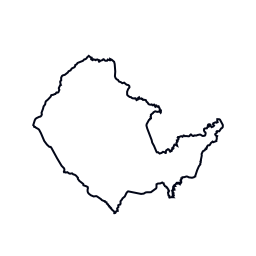 Ossu, Viqueque, East Timor, rotated 52°
{"feature_id": "22284137B78761758678939", "entity_name": "Ossu", "entity_type": "district", "adm_level": 2, "iso_a3": "TLS", "parent_name": "East Timor", "parent_adm1": "Viqueque", "projection": "albers", "projection_center": [126.407, -8.715], "detail": "fine", "context": "isolated", "style": "outline", "palette": "ink", "viewbox_px": 256, "rotation_deg": 52, "n_neighbors": 0, "source": "geoboundaries", "source_scale": "gbopen_adm2", "svg_char_len": 5888}
<svg xmlns="http://www.w3.org/2000/svg" viewBox="0 0 256 256"><g transform="rotate(52 128 128)"><path d="M176.0,52.2L177.3,53.3L178.6,53.8L178.3,55.0L177.3,55.7L176.8,58.0L177.4,58.7L179.1,58.7L179.3,59.8L178.8,61.6L176.9,61.6L176.5,61.1L176.1,61.0L175.2,61.5L174.8,62.1L174.7,62.8L175.1,63.5L175.7,63.5L176.3,63.0L176.5,63.0L176.7,63.5L176.2,65.0L176.8,66.0L175.6,67.9L175.6,68.6L176.6,69.6L177.9,70.0L179.2,69.7L180.0,70.1L181.1,71.4L181.3,72.3L180.4,73.9L179.8,74.3L177.8,75.0L177.4,75.4L176.4,77.4L176.0,78.8L174.6,80.4L174.7,81.2L173.9,82.0L171.8,82.4L171.8,83.4L172.2,84.5L172.0,85.2L170.0,87.3L169.5,88.2L168.8,88.3L168.1,88.9L168.5,90.4L167.2,91.1L166.8,92.2L166.7,93.1L165.9,94.1L166.2,94.8L167.3,94.6L167.7,94.8L168.2,96.1L167.8,97.1L168.3,97.4L169.2,97.4L169.4,98.8L170.6,99.6L172.2,100.2L170.0,101.1L169.7,101.6L170.1,102.6L171.0,103.7L171.0,105.4L171.3,105.7L172.1,105.3L172.2,107.4L172.9,107.6L173.0,107.9L172.6,108.5L172.6,109.3L170.0,109.1L169.3,109.5L169.2,111.7L169.6,112.4L170.9,113.5L170.8,113.8L169.1,114.4L168.3,115.1L168.3,116.9L167.6,118.8L165.5,119.3L165.1,120.1L164.3,120.2L158.1,118.5L154.4,117.9L152.1,116.8L140.1,113.1L137.5,112.0L136.5,111.0L134.5,106.4L134.7,105.6L134.3,105.1L134.6,104.0L134.2,103.6L133.1,103.4L132.7,102.5L131.7,101.9L131.6,101.5L131.6,99.0L131.3,98.3L131.6,96.3L133.3,95.0L134.3,93.3L135.1,92.9L136.1,92.9L136.0,92.6L134.4,91.2L134.2,91.2L133.8,92.1L133.5,92.1L132.4,91.1L131.6,90.9L130.6,91.1L130.0,90.5L129.7,90.5L129.4,91.6L129.0,91.8L127.7,91.7L127.6,91.8L127.6,92.3L128.3,92.8L128.2,93.4L126.6,93.2L126.0,92.9L125.6,93.0L125.5,94.3L125.2,94.7L124.0,94.8L123.7,95.7L122.5,96.8L121.5,97.1L120.0,96.9L118.6,97.2L117.0,96.8L115.9,97.7L115.1,98.9L114.6,99.0L113.9,98.7L113.4,99.5L112.8,99.4L112.0,101.0L111.4,100.9L110.6,100.5L110.5,101.4L111.5,102.6L111.0,103.1L111.4,103.8L111.3,104.1L109.4,103.7L109.1,103.9L108.8,104.2L108.8,104.7L107.3,106.2L106.2,106.6L105.6,106.6L104.5,107.6L102.2,108.2L101.3,108.2L98.9,106.4L97.5,104.1L96.9,101.9L96.6,101.6L95.5,101.1L94.4,101.3L92.9,102.5L89.9,103.1L89.2,104.9L87.5,105.4L85.8,106.5L83.9,106.3L82.6,107.0L80.7,107.0L79.1,106.4L75.7,103.3L69.4,99.1L67.3,98.2L64.2,98.8L62.6,99.6L62.9,99.8L63.6,99.7L63.8,100.1L63.1,100.9L61.6,101.8L62.1,103.0L61.1,104.4L60.3,104.7L58.9,104.8L58.6,105.1L58.8,106.3L58.2,107.8L58.0,108.8L58.1,109.7L57.9,110.0L57.2,109.8L56.5,109.2L56.2,109.6L55.3,109.8L54.4,111.3L54.7,111.4L54.7,111.7L52.7,112.8L52.8,114.1L52.5,114.3L52.0,114.2L51.2,114.7L50.4,114.0L50.5,113.4L50.2,113.3L49.4,114.0L47.0,114.5L47.2,116.9L47.6,117.8L47.6,118.7L47.5,119.4L47.0,120.1L47.3,122.2L45.7,127.7L46.2,129.4L45.9,130.8L46.9,131.9L47.1,132.8L46.5,135.7L47.2,137.8L46.7,139.9L47.2,141.2L47.2,145.0L46.4,147.0L46.4,148.1L47.2,149.7L49.4,151.4L49.4,152.3L49.9,153.1L51.4,153.8L51.9,154.3L52.8,154.4L52.7,155.5L53.9,157.9L54.5,158.3L55.7,158.6L56.9,160.7L56.9,161.6L56.0,162.5L56.5,164.3L56.0,165.2L56.0,166.0L54.9,168.2L55.7,169.7L56.3,173.6L56.4,176.3L56.8,177.0L58.4,178.8L59.0,181.2L60.5,183.1L62.1,185.7L62.8,186.8L64.2,187.5L64.9,188.6L65.1,189.9L64.5,191.2L63.9,194.0L63.9,195.3L64.5,196.7L67.4,200.9L67.9,200.8L69.5,201.2L70.0,200.5L71.0,200.4L73.3,199.4L74.5,199.1L78.5,199.8L86.7,202.0L91.2,202.1L94.3,201.6L95.2,200.9L95.3,200.6L96.6,200.6L108.1,202.5L117.0,203.6L120.5,203.2L121.9,203.9L123.0,205.5L123.5,205.6L123.8,205.1L124.6,204.6L124.6,204.2L125.2,203.8L125.5,203.0L127.7,202.3L128.4,201.7L129.3,200.0L130.8,199.7L132.0,198.8L133.4,198.3L136.4,198.1L137.1,198.8L139.7,198.9L144.5,197.7L145.7,198.4L148.3,196.7L149.7,196.1L150.7,196.6L151.9,198.0L153.2,198.9L154.3,199.3L155.7,199.3L158.1,198.7L160.8,197.2L162.1,195.0L163.0,194.5L167.4,193.1L168.7,193.0L170.7,191.9L171.3,191.3L171.9,191.6L173.4,190.7L174.5,191.3L175.8,190.8L175.9,191.0L177.3,191.1L177.7,190.8L178.4,191.2L178.9,190.8L179.3,190.9L179.6,190.8L179.8,191.0L180.4,191.1L180.9,190.6L182.0,191.0L185.1,190.4L186.2,190.7L186.7,191.2L186.9,191.0L187.1,190.2L186.4,188.7L186.6,188.2L186.5,187.5L186.9,187.1L186.0,186.5L185.0,186.4L184.6,185.8L184.4,184.2L182.9,183.3L183.1,182.0L183.5,181.2L182.9,180.3L181.3,179.2L181.1,178.9L180.6,176.7L180.1,175.7L180.0,172.7L178.3,169.3L178.0,168.1L178.0,166.9L188.0,158.3L189.4,156.0L189.6,154.0L190.0,153.1L192.7,149.5L192.9,143.0L192.3,142.1L189.9,140.2L190.2,138.6L191.6,136.6L192.0,134.6L192.3,134.4L193.5,134.3L193.7,134.0L194.8,134.6L195.7,134.5L196.6,134.7L198.0,133.9L198.7,134.3L199.4,133.9L200.4,134.1L201.3,134.0L202.1,134.6L202.9,134.4L203.4,135.4L203.3,136.0L203.6,136.3L206.1,137.6L206.8,137.2L208.1,138.2L208.3,138.2L209.1,136.6L210.3,135.1L209.6,135.2L209.2,135.0L209.6,134.1L209.5,133.5L208.5,133.1L208.2,133.7L207.3,133.4L207.2,132.8L207.5,132.3L207.3,132.1L206.8,132.0L206.2,132.5L205.8,132.4L205.5,131.9L204.6,131.9L204.4,131.4L205.1,129.6L204.6,129.7L204.2,130.3L203.8,130.2L203.2,129.4L203.5,128.8L202.3,128.8L201.8,127.7L201.8,127.4L202.5,127.2L202.7,126.8L202.1,126.9L201.5,126.4L201.8,125.4L201.4,124.3L201.9,123.8L201.3,123.2L201.5,122.9L202.3,122.7L202.1,122.1L202.5,121.6L202.9,121.4L203.8,121.9L204.1,121.8L203.8,121.5L204.1,120.9L203.7,119.7L202.9,119.8L202.8,118.9L202.3,118.6L201.5,118.7L201.1,117.0L200.5,116.9L200.8,116.1L200.3,115.5L201.5,113.7L202.1,111.9L202.9,111.1L204.4,110.4L206.6,108.2L207.4,106.4L207.3,105.3L207.6,104.8L207.0,104.2L203.9,99.6L201.8,95.7L201.2,93.4L200.5,93.0L199.8,91.8L198.9,91.5L198.8,90.7L198.1,90.3L195.2,86.9L193.8,86.0L192.6,83.7L192.4,82.7L192.8,81.6L192.5,80.7L192.8,79.2L192.5,78.9L192.0,79.0L192.1,77.9L191.4,77.4L191.0,76.2L191.0,75.4L191.7,74.5L191.7,73.9L190.9,72.0L190.8,69.7L191.7,69.5L192.7,66.4L192.1,66.0L191.2,64.7L189.9,63.8L189.3,62.7L188.1,63.4L186.8,63.3L186.5,63.0L186.4,60.8L186.1,60.5L185.3,60.4L185.2,60.0L185.6,59.3L186.7,58.3L186.7,57.9L185.7,54.9L185.9,54.1L185.7,53.0L184.9,52.1L183.9,51.4L178.1,50.4L177.3,50.7L176.0,52.2Z" fill="none" stroke="#020617" stroke-width="2"/></g></svg>